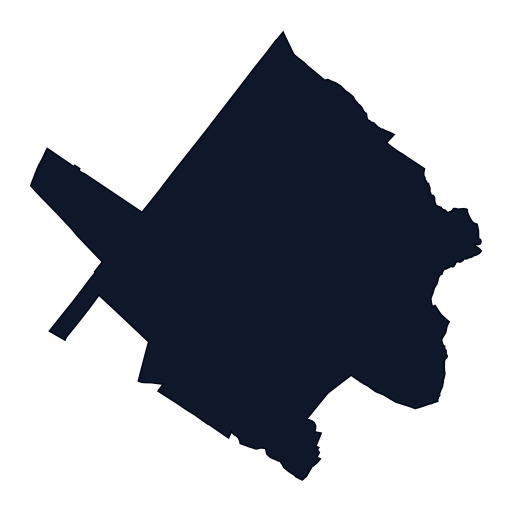 Villa de Tezontepec, Hidalgo, Mexico (Robinson projection)
{"feature_id": "50627088B126252484853", "entity_name": "Villa de Tezontepec", "entity_type": "district", "adm_level": 2, "iso_a3": "MEX", "parent_name": "Mexico", "parent_adm1": "Hidalgo", "projection": "robinson", "projection_center": [-98.78, 19.914], "detail": "fine", "context": "isolated", "style": "filled", "palette": "ink", "viewbox_px": 512, "rotation_deg": 0, "n_neighbors": 0, "source": "geoboundaries", "source_scale": "gbopen_adm2", "svg_char_len": 5988}
<svg xmlns="http://www.w3.org/2000/svg" viewBox="0 0 512 512"><path d="M283.1,32.0L278.2,38.0L277.0,39.6L276.6,39.7L275.3,41.1L266.2,53.2L253.1,69.6L240.3,86.4L216.4,117.3L205.0,132.1L189.1,152.2L172.3,173.5L157.5,192.9L142.0,212.3L84.0,173.4L83.7,174.0L78.8,170.4L79.8,168.7L74.8,165.3L73.9,166.7L47.2,148.4L45.8,151.2L42.2,159.0L38.9,165.0L37.3,168.5L31.8,182.6L30.7,185.7L40.4,196.3L55.1,211.3L71.3,228.5L77.1,235.5L77.9,236.3L102.3,261.9L94.6,271.7L95.3,272.4L87.8,281.9L82.5,289.1L72.3,302.4L49.3,331.1L65.1,340.2L66.0,337.5L79.9,320.3L89.5,307.9L98.9,295.1L114.2,309.3L147.9,341.1L148.8,341.3L146.8,348.5L146.7,348.8L143.3,361.8L138.5,380.3L138.4,381.2L141.1,382.1L143.7,382.5L145.7,382.6L151.6,382.7L163.1,384.2L158.0,391.1L177.1,403.3L184.8,408.6L187.6,410.4L194.7,414.8L207.7,424.1L208.7,424.3L228.6,438.0L231.6,431.5L233.9,434.6L236.3,435.8L238.5,438.1L239.8,441.2L240.2,443.4L241.9,444.2L242.9,444.5L244.4,445.0L246.2,445.6L247.4,446.1L248.3,446.5L249.2,446.7L250.0,447.0L250.9,447.4L251.8,447.5L252.7,447.8L254.7,448.6L256.6,448.9L259.2,448.3L260.8,447.9L263.0,448.1L265.2,448.4L265.6,448.8L265.9,450.1L266.6,453.2L267.0,454.3L269.0,456.2L269.8,456.9L270.5,457.4L272.1,458.2L275.6,459.6L276.2,459.8L277.6,460.7L279.8,461.3L280.3,461.3L281.3,463.2L282.1,464.2L282.8,465.3L283.7,467.4L286.0,469.2L287.3,470.4L289.2,471.8L292.4,473.9L294.6,475.3L295.4,476.0L295.4,476.5L302.2,480.0L303.3,479.2L304.2,478.1L305.1,477.4L306.0,476.8L306.9,475.5L309.3,471.3L310.4,469.4L311.1,468.4L311.7,466.9L313.1,466.1L315.3,464.2L316.2,463.4L317.3,462.6L320.4,458.8L316.9,457.3L319.4,452.4L317.3,449.4L318.8,447.6L315.9,446.2L321.2,433.1L314.7,431.8L315.2,429.9L315.6,428.7L315.6,425.5L314.1,422.7L312.4,421.2L309.6,420.0L306.4,419.4L327.9,393.0L351.1,375.2L356.3,378.9L360.3,381.4L360.2,381.7L361.8,382.4L363.1,383.4L364.5,384.3L365.7,384.6L367.9,386.0L369.2,386.9L370.3,387.8L373.1,389.7L374.4,390.7L376.0,391.7L377.5,392.4L383.2,394.6L384.3,395.2L385.3,395.8L386.8,396.7L388.3,397.5L389.6,398.4L395.6,402.0L409.4,406.4L415.2,408.5L415.5,408.2L415.9,408.1L416.8,408.1L418.6,407.6L423.9,405.9L427.5,404.6L429.7,403.9L430.9,403.7L432.3,403.3L432.8,402.8L433.7,402.5L435.7,402.1L436.2,401.7L437.8,401.3L437.6,400.2L437.7,399.5L438.3,398.2L438.3,397.2L439.7,395.7L439.6,393.4L440.1,391.9L440.4,391.5L440.8,390.0L441.3,388.8L442.0,387.7L442.5,386.1L442.9,383.6L443.2,382.7L443.3,380.8L443.4,379.8L444.5,376.0L444.5,375.1L444.8,374.5L444.9,373.2L444.5,370.7L444.3,368.4L444.2,366.5L444.4,364.3L444.4,361.8L444.5,360.8L444.7,360.1L445.3,359.1L446.2,358.2L447.2,357.0L447.1,355.6L446.2,353.9L446.1,351.7L446.1,350.4L445.2,349.8L444.5,347.2L444.7,346.2L443.6,345.8L442.3,343.2L441.6,339.4L443.6,335.9L444.6,334.3L445.6,332.8L446.6,328.1L446.9,326.6L448.2,323.6L449.2,321.8L444.8,318.1L442.9,316.3L441.3,314.7L439.7,312.7L435.0,305.4L432.4,306.7L431.4,302.8L430.8,298.6L433.1,292.5L433.9,289.4L434.6,287.5L435.9,285.6L437.2,283.1L437.9,280.6L438.1,279.0L438.9,276.8L439.7,275.7L439.9,274.8L440.4,274.5L441.1,274.5L441.8,274.3L442.1,273.9L442.3,272.7L442.6,272.0L443.0,271.1L443.8,269.9L444.2,269.2L444.4,269.0L446.4,268.9L446.9,268.6L447.4,268.1L447.9,267.8L448.9,267.7L449.5,267.2L450.4,266.7L451.5,266.5L452.1,266.5L452.8,266.9L453.2,266.7L453.5,266.5L453.9,266.1L455.2,264.3L455.2,263.6L455.4,263.3L455.7,262.9L456.1,262.5L456.6,261.9L456.8,261.8L459.3,261.7L459.4,262.0L459.9,262.1L460.7,261.9L461.5,261.5L461.8,261.3L462.1,260.6L463.0,260.4L463.4,259.8L463.5,259.5L463.7,259.2L464.1,258.9L465.4,258.7L466.3,258.9L466.7,258.8L467.2,258.6L468.2,258.1L468.6,257.7L468.9,257.6L470.3,257.5L470.6,257.4L471.7,257.1L472.4,256.7L472.6,256.4L473.4,255.9L476.6,254.9L478.7,253.8L480.3,252.3L481.3,251.0L480.4,249.7L478.5,248.0L475.3,245.9L474.7,244.2L478.0,244.7L480.5,243.7L481.1,241.5L480.4,239.5L478.6,238.6L478.5,230.6L477.1,224.2L474.1,223.2L472.0,221.4L470.3,218.5L469.0,216.1L467.5,212.5L467.3,209.6L466.8,209.2L465.8,209.0L464.2,208.6L457.9,209.2L456.0,208.6L453.8,208.5L453.1,209.0L452.1,210.6L451.6,210.9L450.7,211.5L450.0,211.7L449.2,212.0L448.8,212.2L447.9,212.7L447.0,212.2L446.5,211.5L445.9,210.9L445.3,210.2L444.8,210.1L444.0,209.8L443.4,209.6L443.1,209.5L442.0,208.6L441.7,208.5L441.6,208.4L441.4,207.9L441.2,207.5L440.9,207.3L440.1,207.0L439.3,206.8L438.6,206.5L438.2,206.4L436.6,205.5L435.9,204.9L435.4,204.4L435.2,204.1L435.5,203.5L435.5,203.3L435.1,202.9L434.7,202.7L434.7,202.4L434.9,202.0L434.9,201.7L434.7,201.2L434.6,200.8L434.7,200.3L434.6,200.0L434.6,199.7L434.7,199.0L434.6,198.2L434.5,197.5L434.2,197.0L433.9,196.6L433.7,196.2L433.4,195.6L432.9,195.4L432.4,195.3L431.4,195.0L430.9,194.5L430.6,193.0L430.1,192.1L429.9,191.2L430.0,188.9L429.8,188.0L429.8,187.5L429.6,186.8L429.2,186.1L429.1,185.6L428.9,185.0L428.7,184.5L428.6,184.2L428.6,183.7L428.5,183.4L428.1,183.3L427.2,183.2L426.7,182.6L426.4,182.1L426.5,181.2L425.7,180.6L425.3,180.0L424.9,178.6L424.9,177.5L424.4,176.6L424.0,176.1L423.7,174.9L423.8,173.8L423.8,172.1L424.1,170.8L424.3,169.8L424.3,168.8L424.4,168.7L418.7,164.9L414.1,161.9L406.9,157.1L403.1,154.5L400.5,152.9L399.9,152.7L396.4,150.2L395.7,149.8L395.1,149.2L394.3,148.8L393.0,147.7L391.5,146.8L389.8,145.3L386.5,142.7L394.3,134.5L391.7,133.3L390.6,132.7L387.8,131.6L384.7,130.3L382.4,129.1L381.8,129.4L380.4,128.6L379.1,127.6L377.9,127.2L376.8,125.9L375.4,124.6L374.2,123.2L372.9,122.5L371.6,122.4L371.0,122.1L369.9,120.9L367.8,119.9L367.1,118.3L366.7,116.2L366.6,114.3L366.2,113.3L365.4,113.0L364.6,112.4L363.7,111.1L362.8,109.5L362.3,108.3L361.4,106.9L360.1,105.4L358.4,104.2L357.0,102.5L355.6,100.9L355.1,100.3L353.1,96.7L352.4,96.2L351.5,95.2L350.1,94.3L349.3,93.4L348.4,92.7L346.6,91.7L344.8,90.3L344.0,89.3L342.4,87.8L341.2,86.5L338.1,84.3L335.9,83.1L334.8,82.4L332.8,81.8L330.8,81.0L329.5,80.2L328.4,79.7L327.4,79.5L326.2,79.9L324.9,80.4L315.6,72.6L315.3,72.4L307.4,65.9L304.9,63.4L304.4,62.9L297.2,57.3L294.0,54.6L293.8,54.5L289.7,46.0L288.9,44.3L287.8,42.0L287.4,41.2L285.1,36.4L283.1,32.0Z" fill="#0f172a" stroke="#020617" stroke-width="1.5"/></svg>